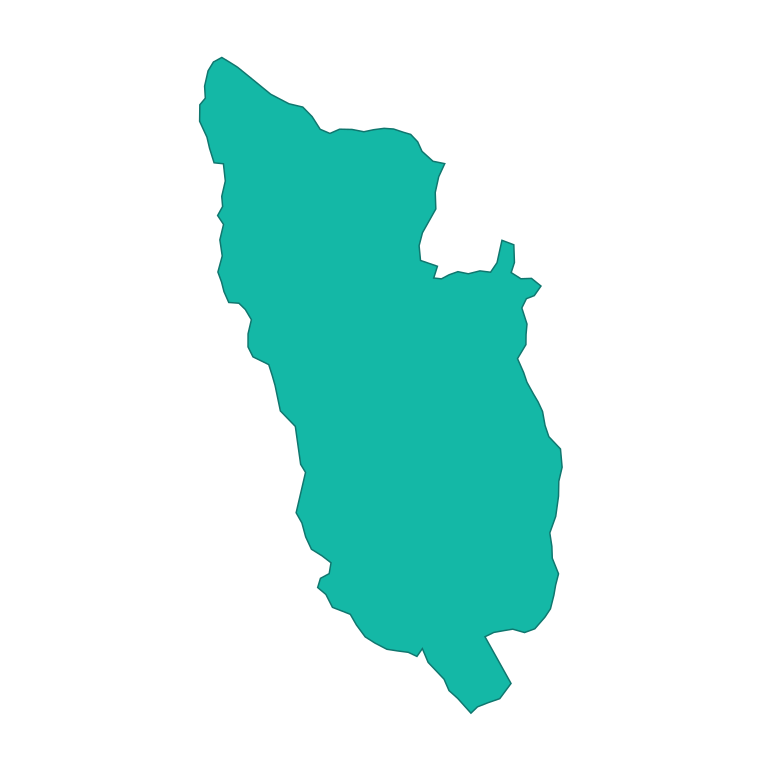 the district of Cerro Branco, Rio Grande do Sul, Brazil, rotated 178°
{"feature_id": "56859067B12660061396762", "entity_name": "Cerro Branco", "entity_type": "district", "adm_level": 2, "iso_a3": "BRA", "parent_name": "Brazil", "parent_adm1": "Rio Grande do Sul", "projection": "equal_earth", "projection_center": [-52.997, -29.627], "detail": "fine", "context": "isolated", "style": "filled", "palette": "teal", "viewbox_px": 768, "rotation_deg": 178, "n_neighbors": 0, "source": "geoboundaries", "source_scale": "gbopen_adm2", "svg_char_len": 1855}
<svg xmlns="http://www.w3.org/2000/svg" viewBox="0 0 768 768"><g transform="rotate(178 384 384)"><path d="M216.2,188.2L221.9,204.0L221.9,215.9L223.5,229.4L217.0,245.7L213.5,265.8L212.7,280.6L208.9,294.6L209.9,312.9L221.1,325.6L224.5,337.0L226.5,351.0L230.6,360.7L235.1,369.0L241.1,380.8L244.0,390.5L249.7,404.7L240.8,418.4L240.3,428.6L239.0,438.9L243.6,455.2L238.7,464.3L230.7,467.1L223.7,476.4L232.9,484.4L243.5,484.4L253.0,490.9L249.4,500.9L249.4,518.6L261.1,523.5L266.8,501.3L273.6,492.0L284.2,493.7L295.9,491.2L306.2,493.7L315.1,490.9L322.9,487.1L330.6,488.2L326.5,499.8L343.2,506.2L344.1,521.0L340.3,533.8L326.1,557.1L326.1,573.6L322.1,589.2L315.6,602.1L327.3,604.9L337.9,615.2L341.9,624.9L348.6,632.5L355.8,634.9L365.5,638.5L375.0,639.5L385.5,638.5L395.3,636.8L407.0,639.5L419.5,640.2L429.3,636.3L438.9,640.8L446.5,653.7L455.5,663.6L469.3,667.4L487.2,677.6L510.8,698.3L519.3,705.7L526.6,710.7L534.7,716.0L543.2,711.8L548.9,703.1L552.9,687.9L552.6,675.9L558.3,669.5L559.1,653.0L552.3,636.8L550.1,625.6L546.1,611.0L536.8,609.7L535.5,592.4L539.6,577.2L539.1,567.0L544.4,558.2L538.8,549.1L543.0,533.8L541.2,517.6L546.1,501.7L542.8,491.6L540.7,481.9L536.3,470.9L526.2,469.8L520.0,463.3L514.3,452.9L518.1,438.9L518.6,425.8L514.0,415.7L498.5,407.4L495.3,396.0L492.9,386.3L488.5,360.7L474.1,344.7L470.1,306.6L465.5,298.4L476.3,258.4L470.9,248.0L467.6,233.9L462.3,221.4L451.9,214.4L443.2,207.2L445.4,196.4L454.3,192.0L457.4,182.9L449.4,175.7L443.3,162.6L425.7,155.0L420.0,144.2L411.6,131.9L402.1,125.4L390.4,118.8L379.4,116.7L369.1,115.0L360.6,110.6L354.9,118.2L349.6,104.2L334.3,86.9L329.7,75.3L321.3,67.2L308.6,52.0L301.8,58.1L291.0,61.9L279.3,65.5L267.5,80.3L291.9,127.9L282.9,131.9L272.4,133.4L263.9,134.5L252.2,130.7L241.8,134.1L231.2,145.5L225.5,153.5L221.6,167.0L219.5,177.0L216.2,188.2Z" fill="#14b8a6" stroke="#0f766e" stroke-width="1.5"/></g></svg>